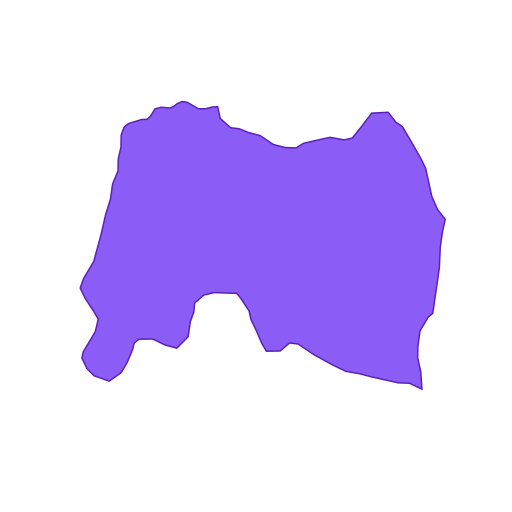 Phyonggang, Kangwŏn-do, North Korea (Mercator projection), rotated 167°
{"feature_id": "82179303B58088097152813", "entity_name": "Phyonggang", "entity_type": "district", "adm_level": 2, "iso_a3": "PRK", "parent_name": "North Korea", "parent_adm1": "Kangwŏn-do", "projection": "mercator", "projection_center": [127.257, 38.47], "detail": "fine", "context": "isolated", "style": "filled", "palette": "violet", "viewbox_px": 512, "rotation_deg": 167, "n_neighbors": 0, "source": "geoboundaries", "source_scale": "gbopen_adm2", "svg_char_len": 1545}
<svg xmlns="http://www.w3.org/2000/svg" viewBox="0 0 512 512"><g transform="rotate(167 256 256)"><path d="M259.8,410.1L262.6,410.6L264.4,411.0L272.1,410.8L279.1,412.5L288.4,421.2L291.9,422.6L293.2,423.1L296.1,422.6L298.0,422.3L299.0,421.9L302.5,420.3L304.9,419.8L306.4,419.5L315.0,422.3L319.6,422.1L321.3,422.1L325.8,417.5L327.6,415.8L331.3,413.7L336.6,414.7L343.7,414.2L349.7,413.8L353.4,412.5L355.7,411.0L360.2,404.1L363.0,392.7L368.5,381.3L371.3,369.9L379.5,358.5L385.0,344.2L393.3,330.0L401.6,312.8L415.3,287.2L429.0,272.9L434.5,264.3L431.9,252.9L426.6,238.6L423.9,230.0L429.5,218.6L434.9,212.9L445.9,201.5L448.6,195.7L446.0,184.3L440.7,175.7L427.2,167.1L413.6,172.7L405.4,181.3L397.2,192.7L394.4,198.4L389.0,201.3L375.4,198.4L364.7,189.8L353.9,184.0L340.3,192.6L334.7,206.9L329.2,215.4L326.4,224.0L315.6,229.7L304.7,229.7L293.9,226.8L283.1,223.9L280.4,218.2L275.1,203.9L275.2,195.3L272.6,183.8L270.0,169.5L267.3,160.9L253.8,158.0L242.9,163.7L234.8,160.8L221.4,146.5L205.3,132.1L194.5,123.5L181.0,117.7L170.2,112.0L145.9,100.4L135.1,97.5L124.3,88.9L121.5,106.1L121.4,120.4L118.5,131.9L113.0,146.2L102.1,157.6L96.6,160.5L85.5,189.1L80.0,203.3L74.4,223.4L68.9,237.6L63.4,249.1L65.2,253.1L68.7,260.5L71.3,274.8L71.1,292.0L71.0,303.4L73.7,314.8L78.9,332.0L84.2,349.1L89.6,354.9L94.9,366.3L111.1,369.2L124.8,357.8L135.7,349.3L143.8,349.3L157.3,355.0L170.9,355.1L184.4,355.1L192.6,352.3L203.4,355.2L214.2,360.9L224.9,372.4L235.7,378.1L243.8,383.8L251.9,386.7L259.9,398.1L259.8,410.1Z" fill="#8b5cf6" stroke="#5b21b6" stroke-width="1.5"/></g></svg>